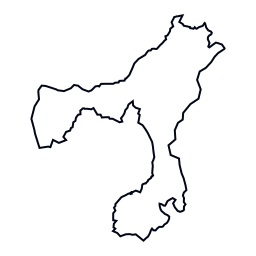 Praitori, Paphos, Cyprus
{"feature_id": "46923920B29566977103124", "entity_name": "Praitori", "entity_type": "district", "adm_level": 2, "iso_a3": "CYP", "parent_name": "Cyprus", "parent_adm1": "Paphos", "projection": "robinson", "projection_center": [32.742, 34.839], "detail": "fine", "context": "isolated", "style": "outline", "palette": "ink", "viewbox_px": 256, "rotation_deg": 0, "n_neighbors": 0, "source": "geoboundaries", "source_scale": "gbopen_adm2", "svg_char_len": 3193}
<svg xmlns="http://www.w3.org/2000/svg" viewBox="0 0 256 256"><path d="M174.2,17.1L173.3,19.1L171.6,22.2L173.2,26.4L170.3,28.7L169.9,31.4L168.3,34.1L167.4,35.4L165.4,36.3L166.1,39.4L164.4,40.7L163.3,42.1L162.1,43.4L160.1,45.2L157.2,48.5L156.6,49.0L153.7,48.7L151.8,48.9L150.8,50.4L148.5,50.6L147.2,52.0L145.1,55.0L138.6,58.9L134.3,63.5L132.4,68.2L129.3,75.1L126.1,78.5L125.4,78.5L124.5,80.6L119.4,80.9L118.6,82.5L115.2,82.7L113.2,83.8L108.3,83.8L106.2,83.8L101.1,83.9L99.1,86.5L98.2,86.0L95.4,86.4L91.5,90.3L88.5,91.5L82.4,89.2L78.1,85.7L74.0,85.0L70.8,88.3L64.0,91.1L57.8,90.3L56.5,89.5L52.9,88.3L45.8,86.0L41.7,85.6L38.7,89.7L38.7,89.3L38.3,91.8L39.0,99.3L34.6,106.3L31.4,118.8L34.2,129.3L35.1,133.8L39.5,147.9L40.2,147.8L48.2,146.6L50.4,147.1L53.0,139.9L58.9,142.9L66.1,140.1L63.4,136.9L66.1,131.9L70.1,130.6L70.9,128.1L72.6,127.2L73.3,122.3L75.4,120.9L76.0,117.6L78.2,114.7L80.5,114.3L80.3,110.6L81.2,109.9L82.6,108.5L84.0,108.3L84.5,108.8L87.6,108.8L91.3,109.3L93.5,108.1L97.4,114.7L100.6,114.7L101.9,117.5L105.7,117.2L108.8,117.2L109.6,118.7L112.8,118.8L114.8,119.9L117.3,121.1L119.6,122.3L122.3,121.6L121.0,118.2L122.8,116.0L124.4,113.4L125.3,110.1L127.3,108.0L128.5,104.5L132.8,101.2L133.1,105.4L135.6,107.7L139.9,109.1L138.2,113.6L139.7,114.9L138.3,122.7L142.6,125.2L145.3,129.0L147.9,133.2L150.0,137.6L152.1,141.8L152.9,146.4L153.5,151.9L154.3,157.1L153.3,160.2L152.3,162.2L152.8,166.0L152.5,169.3L152.2,173.2L153.1,175.5L152.3,176.4L151.7,176.3L151.1,177.2L151.1,177.9L148.0,180.2L147.9,181.0L145.6,183.5L145.2,183.3L142.8,184.2L142.3,184.8L141.7,188.8L140.2,192.3L135.8,190.6L133.5,191.7L132.7,192.1L131.6,192.0L131.5,192.7L131.8,193.6L130.5,194.0L130.1,193.1L127.9,193.9L125.7,195.2L121.5,197.1L115.4,204.1L115.4,205.9L114.0,207.8L115.4,210.6L113.2,213.3L113.2,220.2L116.3,220.8L113.9,223.7L113.5,227.3L115.3,228.7L113.8,230.2L113.0,231.1L117.3,233.0L120.3,236.3L125.8,234.3L129.5,234.1L132.7,234.8L135.7,234.3L143.5,240.6L146.1,238.1L148.0,236.6L149.8,233.4L150.9,230.3L152.0,228.6L153.4,230.3L155.6,230.4L157.5,228.2L159.2,226.9L161.9,226.9L163.2,226.3L164.2,224.7L167.0,222.8L168.4,220.6L169.1,218.6L169.2,218.1L169.2,216.5L167.3,215.0L164.9,214.0L163.5,212.6L161.7,211.2L160.5,209.2L159.6,205.6L159.6,203.7L161.5,204.2L164.0,205.7L165.2,205.6L166.3,203.5L167.5,201.1L170.2,199.4L172.7,198.1L175.5,199.8L173.1,203.4L174.8,207.3L177.7,210.9L180.0,211.8L182.6,211.0L183.9,210.0L184.0,206.4L185.5,204.4L183.8,202.0L184.0,198.2L182.9,195.4L183.9,192.5L186.4,190.1L185.5,185.2L183.6,178.1L181.6,173.3L179.6,165.0L179.0,158.5L170.7,155.0L168.5,145.3L175.4,139.4L174.8,130.2L178.0,122.8L182.7,119.6L183.2,112.9L190.5,104.0L198.5,98.7L200.7,89.3L197.1,79.9L199.7,71.5L205.8,67.9L211.2,62.1L214.6,56.8L218.2,53.0L224.0,49.2L224.5,48.6L224.6,48.3L221.9,44.5L218.7,43.4L215.9,42.6L213.6,44.2L209.4,47.4L208.3,46.6L209.5,43.0L207.8,39.1L208.0,37.1L209.1,35.6L211.2,34.3L211.8,32.8L210.9,31.5L208.3,30.4L206.2,27.5L205.1,23.4L204.6,23.0L202.7,25.9L198.9,27.2L196.7,28.7L195.7,28.4L194.7,27.2L193.5,28.7L190.2,28.1L190.1,27.1L189.3,26.9L183.7,25.7L182.7,24.0L179.3,21.9L182.5,15.4L180.2,15.8L177.9,16.3L176.8,16.3L174.9,17.0L174.2,17.1Z" fill="none" stroke="#020617" stroke-width="2"/></svg>